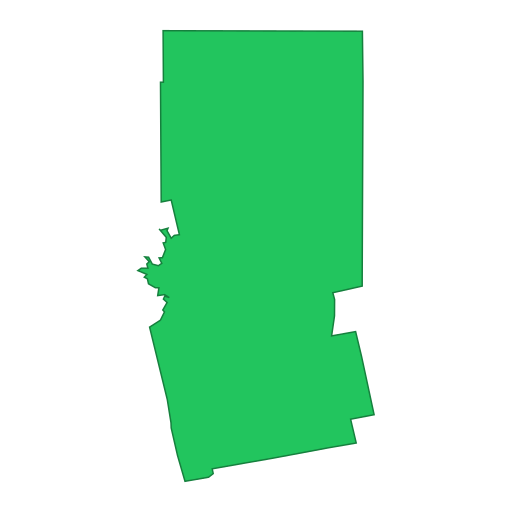 Piscataquis, Maine, United States of America
{"feature_id": "52423323B69646199912282", "entity_name": "Piscataquis", "entity_type": "district", "adm_level": 2, "iso_a3": "USA", "parent_name": "United States of America", "parent_adm1": "Maine", "projection": "equal_earth", "projection_center": [-69.536, 45.793], "detail": "fine", "context": "isolated", "style": "filled", "palette": "green", "viewbox_px": 512, "rotation_deg": 0, "n_neighbors": 0, "source": "geoboundaries", "source_scale": "gbopen_adm2", "svg_char_len": 954}
<svg xmlns="http://www.w3.org/2000/svg" viewBox="0 0 512 512"><path d="M163.1,30.7L163.4,82.2L160.5,82.2L161.2,202.0L171.2,200.0L179.4,234.7L174.3,235.4L171.2,238.2L167.0,230.7L168.0,228.2L160.4,230.3L159.1,228.9L166.3,237.4L165.7,242.4L163.2,242.9L165.6,249.5L162.4,257.7L159.1,257.9L161.8,263.3L158.4,265.7L152.3,264.1L148.6,257.2L144.9,256.9L149.2,261.7L146.8,264.0L147.9,268.2L141.3,268.2L137.9,270.6L146.9,274.4L144.3,277.2L147.4,278.8L148.5,283.8L155.3,287.7L158.9,287.8L157.7,295.6L164.6,294.6L169.3,297.6L164.8,296.1L163.4,299.1L167.1,302.5L162.8,310.0L164.5,311.9L160.4,320.2L149.6,327.1L167.3,399.6L171.0,422.8L171.2,427.9L177.5,455.4L185.0,481.3L208.6,477.2L213.2,473.6L212.2,468.8L244.5,463.1L272.2,458.3L327.8,447.9L356.2,443.0L350.6,419.2L374.1,414.7L361.5,356.2L355.6,331.6L331.6,335.9L334.5,315.9L334.6,299.5L332.8,292.7L362.2,286.1L362.2,277.1L363.0,81.7L362.4,31.2L163.1,30.7Z" fill="#22c55e" stroke="#15803d" stroke-width="1.5"/></svg>